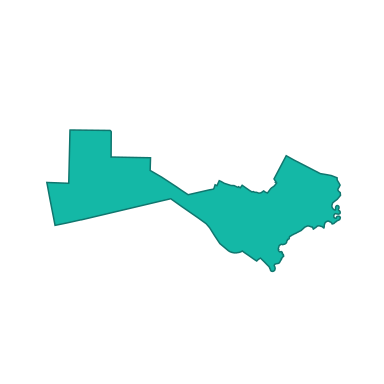 outline of Smardioasa, Teleorman, Romania, rotated 67°
{"feature_id": "2599482B66072076096331", "entity_name": "Smardioasa", "entity_type": "district", "adm_level": 2, "iso_a3": "ROU", "parent_name": "Romania", "parent_adm1": "Teleorman", "projection": "albers", "projection_center": [25.437, 43.807], "detail": "fine", "context": "isolated", "style": "filled", "palette": "teal", "viewbox_px": 384, "rotation_deg": 67, "n_neighbors": 0, "source": "geoboundaries", "source_scale": "gbopen_adm2", "svg_char_len": 5505}
<svg xmlns="http://www.w3.org/2000/svg" viewBox="0 0 384 384"><g transform="rotate(67 192 192)"><path d="M174.2,305.2L174.4,304.7L188.4,222.8L189.9,214.2L201.1,207.3L218.5,196.3L226.8,191.3L231.9,189.7L240.8,188.3L250.4,186.5L260.4,181.4L262.0,180.2L262.8,179.3L263.0,179.1L263.0,178.9L263.4,178.6L263.9,177.9L264.6,176.8L265.0,175.8L265.3,175.1L265.5,174.5L265.5,174.1L265.8,173.1L266.0,172.3L266.1,171.2L266.2,170.5L266.1,170.0L266.1,169.4L266.0,168.7L268.0,167.6L272.8,164.5L278.8,160.8L280.8,159.4L280.1,157.7L280.0,157.2L279.9,156.8L279.6,154.8L284.4,152.8L288.8,151.1L290.7,150.3L291.4,150.2L291.9,150.2L293.1,150.2L293.8,150.1L294.6,150.3L295.1,150.2L295.6,150.1L295.9,149.9L296.2,149.5L296.5,149.0L296.7,148.5L296.7,147.8L296.6,147.1L296.4,146.6L296.1,146.2L295.5,145.8L294.8,145.3L294.3,145.2L293.9,145.1L293.2,145.0L292.4,145.1L291.9,145.1L291.5,144.8L291.1,144.4L290.9,143.9L290.9,143.3L290.9,142.8L291.1,141.8L291.4,140.9L291.4,140.5L291.4,140.0L291.4,139.7L291.3,139.3L290.9,138.7L290.0,137.6L289.5,136.9L289.0,136.0L288.5,136.0L288.3,135.9L288.1,135.7L288.0,135.4L288.0,135.1L288.0,134.9L287.9,134.8L287.6,134.5L287.4,134.2L287.2,133.5L287.2,133.3L287.0,132.9L286.9,132.8L286.9,132.7L286.7,132.6L286.4,132.8L286.1,132.8L285.6,132.4L285.4,132.4L285.2,132.4L284.9,132.5L284.7,132.7L284.5,132.8L284.4,132.8L284.1,132.9L284.0,133.0L283.8,132.8L283.7,132.7L283.4,132.8L283.1,132.6L282.8,132.5L282.7,132.6L282.3,132.8L282.1,132.9L282.0,133.1L281.9,133.1L281.7,133.2L281.7,133.3L281.6,133.5L281.6,133.9L281.6,134.2L281.6,134.3L281.5,134.5L281.4,134.7L281.2,134.8L280.9,134.9L280.4,135.1L280.2,135.2L279.7,135.2L279.3,135.2L279.2,135.0L279.0,134.7L278.9,134.6L278.7,134.7L278.5,134.9L278.3,134.9L278.1,134.8L277.9,134.7L277.5,134.4L277.2,134.2L276.9,133.9L276.4,133.5L275.9,133.1L275.6,132.9L275.5,132.7L275.4,132.5L275.3,132.1L275.3,131.8L275.0,131.3L275.0,131.1L275.0,130.9L275.0,130.7L275.1,130.1L275.2,129.9L275.6,129.5L275.8,129.2L276.0,128.9L275.9,128.4L276.0,128.0L276.2,127.2L276.2,126.8L276.1,126.5L276.0,125.9L275.7,125.1L275.5,124.8L275.3,124.6L274.7,124.2L274.2,123.9L274.0,123.6L273.9,123.4L273.8,123.0L273.6,122.9L273.4,122.8L273.2,122.7L273.0,122.4L273.0,122.2L273.1,121.8L273.1,121.4L273.1,121.0L273.0,120.9L272.8,120.7L272.5,120.5L272.2,120.3L271.9,120.2L271.6,120.0L271.3,119.7L271.1,119.4L271.1,118.7L271.0,117.9L270.8,117.0L270.7,116.3L270.7,115.1L270.5,114.2L270.5,113.7L270.6,112.8L270.5,111.8L270.3,110.8L270.4,110.3L270.3,109.8L270.2,108.4L270.1,106.7L269.8,105.7L269.6,105.3L269.2,104.0L268.9,103.3L268.7,102.6L268.4,101.6L268.4,101.1L268.4,100.0L268.4,99.2L268.4,98.8L268.5,98.5L268.6,98.3L268.9,97.9L269.6,97.0L270.4,96.2L270.7,95.8L271.0,95.3L271.1,95.2L271.3,95.0L271.6,95.1L272.1,94.8L272.9,94.8L273.4,94.8L273.6,94.8L273.6,94.7L273.4,93.8L273.2,93.2L273.1,92.6L273.1,92.1L273.0,91.7L272.8,91.4L272.6,90.9L272.6,90.6L272.4,90.2L272.4,89.5L272.4,89.2L272.6,88.7L272.9,88.1L273.0,87.9L273.1,87.7L273.4,87.4L273.6,87.1L274.1,86.6L274.4,86.2L274.6,85.9L274.7,85.7L274.9,85.6L275.4,85.4L276.0,85.1L276.3,85.0L276.5,84.8L276.6,84.7L276.0,84.1L275.8,83.9L275.4,83.8L275.0,83.6L274.6,83.4L274.1,83.1L273.4,82.5L272.9,82.1L272.5,81.7L272.3,81.3L272.1,81.0L272.0,80.5L271.8,79.7L271.8,78.9L271.9,78.3L272.1,77.7L273.3,76.8L273.4,76.5L273.5,76.4L273.8,76.2L274.2,75.9L275.5,75.5L275.7,75.3L276.2,75.4L276.3,74.9L276.3,74.6L276.4,73.9L276.4,73.7L276.3,73.3L276.1,72.8L275.8,72.2L275.7,71.9L275.8,71.5L275.7,71.2L275.4,70.4L275.3,69.9L275.2,69.2L275.2,67.9L275.1,67.2L275.1,66.9L274.8,66.5L273.9,65.7L273.5,65.5L273.3,65.4L273.0,65.4L272.8,65.5L272.3,65.7L272.0,65.9L271.8,66.0L271.6,66.2L271.5,66.5L271.5,66.8L271.3,67.1L271.2,67.5L271.2,67.8L271.2,68.2L271.9,69.0L272.3,69.4L272.4,69.5L272.3,69.9L272.2,70.2L272.0,70.4L271.6,70.8L271.3,71.1L270.9,71.2L270.5,71.2L270.2,71.1L269.7,70.9L269.2,70.8L268.9,70.5L268.6,70.2L268.2,69.5L268.0,69.0L267.9,68.6L268.0,68.3L268.2,68.0L268.9,67.1L269.3,66.4L269.6,65.9L269.7,65.2L269.7,64.8L269.7,64.4L269.5,64.1L269.3,63.9L268.9,63.7L268.5,63.5L268.2,63.4L267.9,63.4L267.3,63.5L267.0,63.5L266.9,63.6L266.7,63.8L266.4,64.0L265.9,64.1L265.4,64.1L265.1,64.0L264.9,63.9L264.7,63.7L264.5,63.3L264.3,63.0L263.8,62.8L263.4,62.6L263.0,62.5L262.6,62.5L262.3,62.6L261.9,62.8L261.6,63.0L261.3,63.4L261.1,63.7L261.1,64.0L261.1,64.3L261.2,64.6L261.4,65.0L261.8,65.5L262.8,66.1L263.5,66.4L264.0,66.5L264.3,66.7L264.5,66.9L264.5,67.2L264.4,67.4L264.1,67.9L263.6,68.3L263.0,68.6L262.3,68.8L261.8,68.9L261.2,69.0L260.7,69.0L260.4,69.0L259.0,68.5L257.0,66.8L256.4,64.8L255.5,61.2L253.1,56.6L250.5,55.8L248.5,56.8L247.0,57.0L245.9,56.0L245.0,54.7L243.5,53.0L241.4,53.2L240.6,53.3L237.8,53.7L236.7,53.3L235.6,52.9L231.8,56.8L231.3,57.3L228.3,61.8L225.2,66.7L202.7,85.4L195.4,91.1L212.0,111.4L213.8,111.1L215.1,110.7L215.6,111.5L216.8,110.6L218.6,113.9L219.2,116.6L219.2,116.9L219.7,118.3L222.4,122.9L221.0,124.4L219.0,125.6L219.7,128.9L219.2,131.0L218.4,131.7L217.4,132.9L216.8,134.4L215.6,135.3L215.3,136.8L213.1,138.4L205.4,143.2L207.0,145.9L205.3,147.1L205.7,147.9L202.5,150.8L201.2,153.6L196.6,158.9L193.7,161.1L192.2,162.5L195.9,166.5L194.4,167.9L197.4,170.5L197.7,171.4L196.8,175.2L193.0,196.6L185.6,201.5L181.3,204.2L172.0,210.4L166.6,214.0L155.8,222.1L144.3,216.8L144.1,217.2L128.2,252.8L105.0,242.8L103.9,243.0L103.3,243.4L87.5,279.5L87.3,280.1L135.0,301.7L135.8,302.1L126.5,321.9L131.1,322.9L136.9,324.2L142.8,325.5L154.6,328.0L160.8,329.3L169.2,331.1L171.6,319.3L174.1,305.7L174.2,305.2Z" fill="#14b8a6" stroke="#0f766e" stroke-width="1.5"/></g></svg>